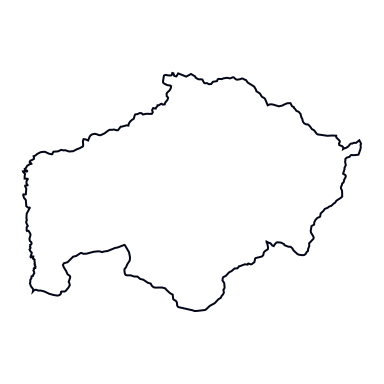 Nam Dong, Thừa Thiên - Huế, Vietnam (Mercator projection)
{"feature_id": "81297802B42791937018990", "entity_name": "Nam Dong", "entity_type": "district", "adm_level": 2, "iso_a3": "VNM", "parent_name": "Vietnam", "parent_adm1": "Thừa Thiên - Huế", "projection": "mercator", "projection_center": [107.686, 16.119], "detail": "fine", "context": "isolated", "style": "outline", "palette": "ink", "viewbox_px": 384, "rotation_deg": 0, "n_neighbors": 0, "source": "geoboundaries", "source_scale": "gbopen_adm2", "svg_char_len": 5887}
<svg xmlns="http://www.w3.org/2000/svg" viewBox="0 0 384 384"><path d="M32.9,291.6L34.5,289.9L36.2,289.8L38.0,290.5L40.4,290.5L44.2,291.4L49.3,293.8L53.6,295.0L57.6,295.6L59.7,295.0L60.9,293.6L61.1,291.8L61.6,291.5L64.6,291.5L65.6,291.0L68.4,287.7L69.8,285.1L69.3,282.9L68.7,281.8L70.1,277.9L70.2,276.8L69.8,275.9L67.5,274.2L66.2,271.2L63.8,267.3L62.9,265.0L63.8,263.3L67.6,262.2L73.1,256.7L76.3,255.9L80.5,253.1L81.7,253.0L83.3,253.8L86.4,253.7L93.6,251.8L98.1,251.3L99.7,251.4L102.1,252.1L104.0,251.5L107.6,251.0L114.9,248.0L117.9,247.4L124.3,244.9L124.9,245.2L129.0,252.2L129.9,256.6L130.0,258.5L129.6,260.8L127.2,264.4L126.1,267.2L124.6,268.9L124.4,270.1L124.7,273.0L125.3,274.5L125.9,275.0L127.0,275.3L130.6,275.3L134.1,276.5L137.5,276.6L140.1,278.9L143.3,279.7L147.9,282.8L150.7,283.6L151.8,285.7L153.6,287.3L155.6,287.6L162.0,287.5L165.3,288.4L166.8,290.2L169.4,292.6L170.7,293.6L172.7,294.6L173.2,299.0L173.8,299.7L175.3,300.5L176.3,301.3L176.9,302.6L177.2,305.7L178.1,306.9L178.8,307.2L192.6,310.3L194.5,311.0L197.3,310.9L205.0,310.0L205.9,309.5L209.9,305.8L214.7,303.2L218.4,299.3L220.9,297.7L221.6,296.0L223.1,294.3L223.9,292.5L223.4,289.9L224.4,288.3L224.6,287.4L224.2,283.0L222.5,280.5L222.7,278.2L223.3,277.1L225.8,275.9L229.0,272.4L231.7,271.0L234.5,268.5L237.0,268.4L238.3,267.5L238.9,266.3L240.1,266.1L244.8,264.3L247.6,264.6L247.9,263.8L248.4,263.5L250.5,264.3L251.7,264.2L254.4,262.1L255.1,258.7L255.6,258.1L261.2,256.7L262.3,256.2L263.3,255.0L263.7,252.9L264.2,251.9L265.1,251.0L267.8,249.3L267.9,248.9L268.0,247.2L267.3,243.6L266.6,242.2L266.6,241.6L268.6,242.7L270.5,243.3L272.3,245.5L273.7,246.1L274.8,244.3L276.4,242.6L277.5,242.3L280.9,242.6L284.0,244.1L284.5,245.2L285.0,245.4L288.4,246.7L290.6,246.8L292.3,248.3L293.6,250.5L297.6,254.2L299.3,254.8L302.6,255.2L304.1,255.0L305.5,254.1L306.7,252.0L308.0,250.9L308.1,249.0L309.3,246.0L309.1,243.4L313.5,238.7L313.7,237.4L312.8,235.5L311.0,232.6L310.7,231.1L311.5,226.1L314.1,224.6L314.3,222.2L315.6,219.7L317.4,217.9L319.8,216.9L320.2,216.2L320.7,213.4L323.4,210.9L324.8,208.9L327.8,207.7L328.9,206.7L331.3,205.8L333.9,203.4L335.2,202.6L336.4,200.7L341.0,197.7L342.2,196.5L342.1,191.6L341.9,190.2L341.0,188.6L340.9,187.3L342.0,184.6L342.2,183.5L343.6,182.3L344.3,179.4L345.5,177.4L345.8,176.1L345.4,175.1L343.1,173.7L344.6,168.9L344.4,168.1L345.8,165.1L345.1,161.8L345.4,160.3L345.3,159.1L346.6,157.7L349.6,156.8L350.0,156.0L350.9,155.2L352.0,155.0L353.4,155.2L358.0,154.8L358.5,154.6L360.3,149.6L360.8,147.0L360.5,145.0L361.0,143.9L360.8,143.1L359.3,140.3L356.0,142.9L353.7,142.8L352.5,143.5L350.9,143.6L350.0,144.3L348.2,146.5L346.2,147.8L344.5,148.3L343.1,149.1L343.4,147.6L342.2,146.2L339.3,145.1L339.0,143.4L339.7,142.2L339.8,141.2L339.3,140.4L336.6,137.8L336.2,136.9L336.2,135.7L332.3,135.5L327.5,135.8L317.6,134.4L316.8,133.9L314.1,130.3L311.8,129.0L310.0,126.4L308.2,124.6L307.7,124.4L306.2,124.4L304.3,123.4L303.3,122.3L302.8,121.2L302.2,118.7L301.3,117.2L300.6,114.1L298.8,111.9L296.3,110.8L295.3,109.2L294.1,108.1L293.8,107.1L292.0,106.2L290.5,103.2L287.5,103.2L284.5,104.4L282.2,105.6L278.8,106.3L273.2,104.6L271.5,104.3L269.7,104.4L267.7,105.3L265.1,99.0L264.3,98.1L261.8,96.7L260.0,93.6L256.4,91.2L255.9,89.6L254.2,86.6L247.8,82.6L245.8,79.9L244.5,79.6L242.6,78.5L241.8,78.5L240.2,79.2L237.0,79.7L235.7,79.2L233.9,77.5L233.1,77.2L230.0,78.4L227.1,77.8L223.3,78.4L221.9,79.1L218.6,78.9L217.7,79.3L217.0,81.1L212.9,81.8L211.2,84.0L208.9,84.2L206.9,83.1L205.0,83.3L204.1,82.9L202.4,79.6L201.3,79.3L198.7,79.3L197.3,78.7L195.6,77.6L195.2,76.5L191.0,74.0L186.2,76.6L178.2,73.4L176.4,76.4L175.6,76.3L174.2,75.8L173.4,73.3L172.3,73.0L171.9,74.8L171.0,75.5L168.1,75.4L165.7,74.9L164.4,75.3L164.0,75.6L163.8,76.3L163.0,81.6L163.2,82.7L164.4,83.7L167.2,85.1L170.5,85.6L171.1,86.2L170.9,87.8L170.2,89.4L169.4,90.6L167.3,92.5L166.6,93.6L166.7,96.1L168.0,97.5L168.0,98.3L167.5,99.8L165.0,103.0L164.7,104.4L162.7,104.6L161.7,103.8L160.9,103.9L159.0,105.2L157.5,105.3L157.4,106.3L156.1,107.5L155.7,108.6L155.0,108.6L153.5,108.0L153.1,108.1L152.1,110.2L152.8,112.2L151.8,113.9L146.2,113.8L142.8,114.5L141.7,113.3L139.9,113.0L137.5,114.1L135.3,114.4L134.8,115.2L133.7,118.8L132.1,119.8L130.0,121.7L128.8,123.7L128.4,125.6L126.7,125.3L122.0,126.6L120.7,126.7L118.0,130.2L116.8,130.3L113.8,129.5L112.5,129.8L109.6,129.8L107.6,131.0L104.5,133.4L100.6,135.2L98.7,135.1L97.0,134.3L94.8,133.8L92.0,134.4L90.6,135.4L89.7,136.6L88.1,140.5L86.0,139.5L83.6,139.1L83.1,140.3L82.9,141.6L83.2,145.0L82.9,146.4L79.9,148.1L77.2,149.1L73.1,151.2L69.1,151.5L65.2,150.2L63.7,150.4L61.2,149.9L57.8,151.4L53.5,151.7L52.6,153.2L52.4,154.0L52.0,154.3L49.3,153.8L44.9,151.8L41.5,152.0L40.0,152.5L37.3,153.9L35.3,155.6L33.6,156.2L34.0,157.9L33.9,158.9L31.7,160.2L30.4,160.6L29.7,161.8L29.8,162.5L31.2,163.3L31.4,163.8L29.2,164.5L28.5,165.1L27.3,165.6L25.7,168.3L24.7,168.9L24.9,169.6L27.1,170.8L27.1,171.4L26.5,171.6L24.0,171.2L23.0,171.3L23.3,172.1L25.1,174.0L24.7,175.8L24.6,178.6L26.9,178.7L27.6,178.8L27.8,179.1L26.7,180.8L26.4,182.7L26.6,183.8L27.5,184.9L27.5,185.3L25.2,185.7L25.2,186.4L26.3,188.7L25.8,194.3L25.1,194.5L23.4,194.4L23.2,194.8L23.4,196.0L24.1,198.1L25.3,199.3L25.8,200.1L26.3,206.2L27.8,207.4L28.6,207.7L29.5,207.6L29.8,207.9L26.7,213.6L26.4,218.3L26.9,220.0L26.1,221.9L26.4,223.2L27.8,225.9L26.7,227.2L26.6,230.2L27.0,231.0L28.0,230.7L28.6,230.9L30.3,233.7L30.5,235.1L29.4,238.9L29.9,241.0L31.2,242.1L31.6,243.2L31.3,244.3L30.1,244.9L30.3,245.9L29.9,246.8L30.5,247.6L30.4,248.3L29.5,249.5L30.6,251.5L31.7,252.6L31.8,252.9L30.5,256.8L31.0,257.4L32.9,256.3L33.3,256.4L33.0,258.7L34.2,259.3L34.6,259.7L34.4,260.8L34.9,263.0L34.4,263.9L35.1,264.8L34.8,265.8L35.5,266.5L35.3,268.0L34.2,268.0L33.8,268.4L34.0,269.2L33.4,270.5L34.1,271.9L34.3,273.3L33.3,274.6L33.1,275.8L31.5,276.3L31.4,278.3L30.3,279.8L30.3,282.3L29.9,283.3L31.0,286.4L33.0,288.9L33.2,290.1L32.9,291.6Z" fill="none" stroke="#020617" stroke-width="2"/></svg>